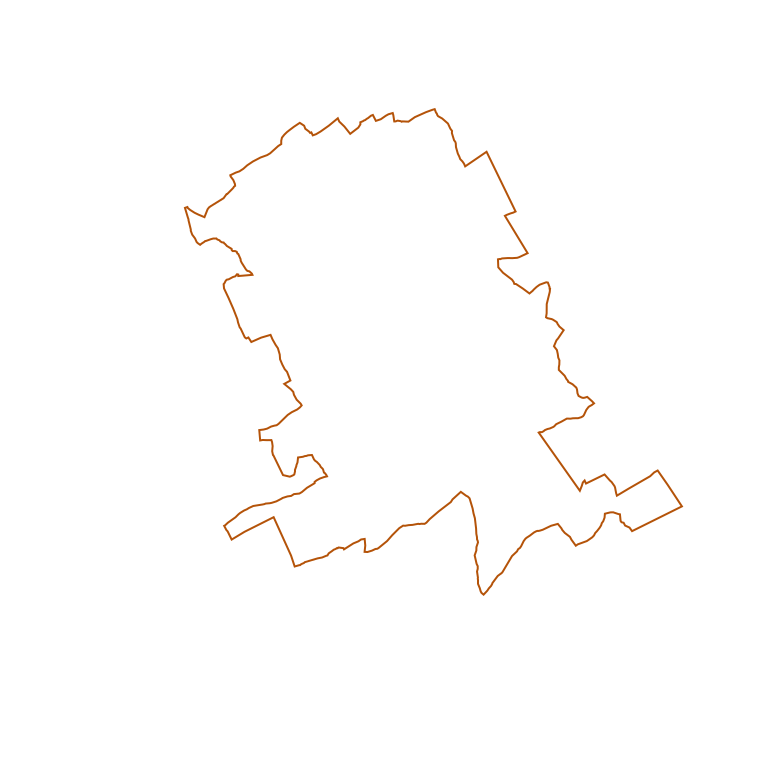 outline of Calotmul, Yucatán, Mexico, rotated 57°
{"feature_id": "50627088B16225885503466", "entity_name": "Calotmul", "entity_type": "district", "adm_level": 2, "iso_a3": "MEX", "parent_name": "Mexico", "parent_adm1": "Yucatán", "projection": "natural_earth1", "projection_center": [-88.115, 20.998], "detail": "fine", "context": "isolated", "style": "outline", "palette": "amber", "viewbox_px": 768, "rotation_deg": 57, "n_neighbors": 0, "source": "geoboundaries", "source_scale": "gbopen_adm2", "svg_char_len": 6165}
<svg xmlns="http://www.w3.org/2000/svg" viewBox="0 0 768 768"><g transform="rotate(57 384 384)"><path d="M212.9,464.1L216.7,466.1L227.1,467.5L239.2,469.5L249.8,471.7L252.9,472.9L258.0,474.2L259.3,474.0L268.8,475.3L269.8,475.1L270.8,474.7L271.1,472.4L276.5,472.4L278.2,461.8L281.0,452.4L285.8,453.2L292.1,453.6L296.2,453.5L302.5,455.4L306.7,457.7L312.3,458.7L317.5,459.2L321.0,458.7L330.1,460.6L329.6,467.6L337.7,465.0L341.2,464.4L344.0,465.4L349.6,465.8L355.1,464.6L357.1,464.7L357.8,467.2L358.1,470.7L357.4,476.7L357.5,481.6L360.0,494.1L360.1,496.5L359.2,498.7L358.2,501.9L357.8,506.2L357.4,507.5L356.6,509.8L354.7,513.7L363.9,518.6L364.9,516.2L367.4,512.7L369.7,509.0L371.7,509.5L375.4,511.2L379.5,514.4L383.1,515.8L383.6,515.6L405.4,518.3L410.4,513.5L410.7,512.3L411.1,509.5L411.0,508.5L408.8,506.2L407.6,505.5L405.1,502.2L404.4,501.7L402.7,499.3L398.8,496.1L400.9,491.6L401.3,489.8L402.1,488.1L402.4,486.6L404.3,483.1L409.2,483.8L411.1,483.5L412.7,482.8L416.9,482.0L419.1,482.2L421.7,481.6L422.7,481.7L425.6,482.6L426.2,482.2L428.7,481.9L430.4,482.1L429.4,485.0L428.4,489.1L428.1,493.0L428.3,495.5L429.4,496.2L429.1,505.1L429.9,511.7L429.8,514.6L427.3,519.5L427.3,522.8L425.7,526.2L424.3,531.3L424.4,532.1L423.8,538.2L422.5,542.9L421.8,544.7L419.8,548.4L419.6,549.7L418.9,551.5L415.1,560.1L414.4,565.0L414.4,567.2L413.9,570.2L413.8,574.8L414.0,576.9L414.9,581.1L415.3,590.5L416.0,594.3L415.9,595.3L420.6,595.7L422.4,595.4L431.5,596.5L432.0,581.4L435.6,549.1L477.3,555.4L488.4,558.3L489.8,553.7L490.2,553.0L490.0,551.5L490.5,548.7L490.3,547.4L494.1,534.6L495.8,530.4L496.6,526.0L497.0,524.8L495.9,522.6L495.8,518.7L495.6,516.4L496.0,514.5L496.0,512.6L496.5,512.3L496.4,511.1L499.6,507.4L500.9,507.6L501.0,496.5L502.0,491.1L501.9,487.9L503.4,484.6L509.3,487.7L514.2,491.7L515.9,489.4L517.2,484.8L517.7,481.0L518.5,479.5L518.6,478.1L517.4,467.0L515.3,459.5L513.2,449.7L513.2,445.1L514.4,443.5L515.8,440.2L517.7,436.8L519.9,431.4L520.6,430.8L521.6,428.7L523.4,426.1L523.4,424.0L522.2,419.3L520.6,407.4L519.4,392.2L518.1,389.4L516.3,378.3L522.4,376.0L524.1,375.0L526.5,374.5L536.7,377.5L541.3,379.4L546.1,380.9L555.4,385.5L560.0,388.2L563.0,389.4L565.0,390.6L566.4,390.8L568.0,391.4L571.1,395.3L573.9,397.2L577.1,401.3L585.3,404.3L587.8,404.6L590.1,406.1L591.9,408.1L597.6,410.7L598.5,411.5L599.4,411.8L602.8,414.0L607.5,414.9L610.4,415.8L612.2,416.0L614.9,415.2L613.6,409.9L612.5,407.4L611.7,404.3L610.7,402.3L610.0,401.5L606.9,393.1L606.6,388.1L606.3,387.1L598.0,370.3L596.8,363.6L595.6,361.5L595.5,359.2L594.7,357.3L591.8,352.4L590.8,349.7L590.6,348.2L590.6,344.3L590.2,339.1L590.4,336.7L590.7,335.4L591.3,334.6L591.9,333.1L592.7,330.2L593.9,321.1L596.0,314.4L601.8,313.8L603.3,314.0L607.3,313.5L613.5,311.3L616.7,311.6L624.1,311.2L624.0,308.9L626.2,299.4L626.0,292.9L625.4,290.4L624.0,288.0L623.4,285.5L622.0,281.4L620.8,278.9L619.3,277.1L618.5,274.9L616.2,271.8L613.1,269.4L614.9,264.2L616.4,261.7L620.8,258.2L621.8,257.1L627.6,260.1L629.3,260.1L630.9,258.6L634.0,258.9L638.1,256.3L642.5,256.1L648.9,200.8L622.9,201.0L605.6,201.6L605.3,205.5L606.3,211.0L605.0,235.9L604.5,249.5L601.8,248.7L596.7,246.6L595.2,246.3L590.2,246.5L588.0,247.1L580.0,248.3L577.5,268.8L574.2,268.3L574.9,270.9L577.1,273.5L580.2,277.9L509.0,280.7L509.2,279.6L510.4,277.7L510.5,276.0L510.3,274.1L510.8,271.4L511.6,269.2L512.2,265.6L512.2,264.3L511.5,261.5L512.2,255.7L512.6,249.5L514.7,246.4L515.7,244.1L518.4,239.8L519.3,236.6L519.4,234.6L518.9,233.2L515.9,228.4L514.7,225.1L514.6,224.2L514.8,221.2L514.6,218.4L511.8,218.9L505.5,220.6L504.8,223.1L504.1,224.6L502.9,225.7L500.0,227.3L497.2,226.8L493.7,225.1L491.8,224.7L486.9,226.0L482.5,228.4L481.4,228.0L479.3,228.3L475.5,228.0L467.4,229.7L465.1,228.2L463.2,226.4L459.7,224.0L456.8,223.5L453.4,221.9L449.7,220.5L444.9,220.9L441.3,215.6L440.6,213.2L436.7,204.0L431.4,205.6L428.0,205.7L426.5,205.4L425.5,205.7L422.2,207.2L420.9,208.0L417.8,211.1L416.3,211.8L413.3,209.1L405.6,204.0L397.1,194.9L394.6,192.9L394.3,193.2L393.0,192.4L388.2,191.3L387.1,192.5L386.9,193.2L385.5,199.4L385.7,203.2L386.4,207.2L386.8,208.5L387.3,212.7L379.5,215.6L372.1,218.8L371.0,220.2L369.1,219.7L366.2,219.8L355.5,223.6L348.4,224.6L341.5,220.5L342.1,219.0L342.6,218.5L343.0,216.6L345.9,211.4L348.3,207.9L350.7,203.6L351.2,201.7L352.5,192.3L308.8,191.0L309.0,189.0L309.9,184.8L310.6,182.5L311.0,179.7L245.1,171.5L245.7,197.4L242.8,196.9L240.0,197.0L236.9,197.6L234.2,197.0L231.0,196.6L224.5,194.6L221.2,192.7L219.6,192.3L217.8,192.5L217.1,192.3L210.5,190.4L208.8,189.1L206.0,189.3L200.4,188.5L193.0,190.6L188.8,192.8L187.4,192.8L185.8,192.4L184.8,192.6L181.1,191.8L180.4,194.1L178.9,200.7L177.0,212.8L177.3,220.6L174.3,224.8L173.8,225.5L173.7,226.3L172.7,226.8L170.5,229.2L170.1,231.2L169.4,232.4L163.7,229.8L161.5,229.1L160.2,233.4L160.0,236.3L160.2,242.5L158.9,247.5L152.3,246.8L151.9,248.8L152.3,252.5L152.2,254.0L152.4,256.1L152.1,257.1L152.1,258.7L151.6,261.3L153.4,262.4L155.0,265.9L155.8,276.1L146.5,277.0L139.5,278.6L136.0,278.0L137.3,289.6L137.7,299.7L137.5,304.9L136.7,308.3L133.4,307.9L133.2,309.2L131.4,309.4L127.1,311.0L123.9,310.3L119.1,312.4L119.2,319.5L119.6,325.2L119.9,328.3L120.6,331.8L121.8,335.4L124.0,337.7L126.8,339.5L126.8,343.1L128.5,353.8L128.4,357.3L126.8,364.2L126.0,372.6L126.1,379.6L126.9,384.8L126.9,389.5L126.0,393.1L125.2,399.2L126.5,399.6L130.9,399.3L135.1,400.1L136.7,400.9L136.8,402.4L137.3,403.3L137.8,405.1L139.3,412.2L139.0,412.6L140.8,417.3L140.5,432.3L140.6,434.6L141.4,436.8L146.3,443.7L141.0,447.3L137.2,449.6L132.4,451.8L129.5,452.7L128.5,452.5L127.9,455.0L137.8,457.9L139.2,458.2L140.3,458.8L149.2,461.9L150.3,462.6L154.3,463.5L159.1,463.2L162.8,463.8L164.4,463.5L167.1,462.4L166.9,460.7L166.9,457.1L166.7,456.1L167.1,455.3L168.2,450.5L169.0,448.0L170.7,445.3L172.0,445.1L173.9,443.7L175.2,443.6L177.0,442.7L178.0,441.4L179.1,441.4L180.0,441.0L182.7,440.6L187.7,438.2L188.9,438.8L190.1,438.5L191.3,436.6L192.9,435.5L194.7,435.9L195.6,435.4L201.2,436.3L202.5,437.0L204.6,437.3L212.8,437.4L214.7,437.0L216.3,435.5L219.5,434.7L220.8,434.9L214.1,447.4L212.8,446.6L211.9,447.5L212.7,450.0L212.0,452.5L211.6,457.3L210.9,458.9L211.1,460.3L212.7,463.2L212.9,464.1Z" fill="none" stroke="#b45309" stroke-width="2"/></g></svg>